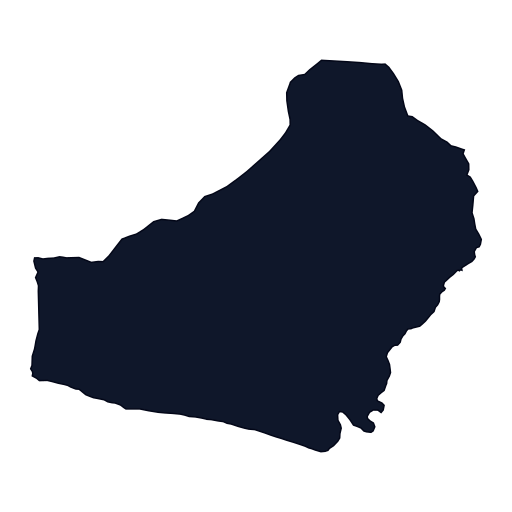 Grand Cess Wedabo, Grand Kru, Liberia
{"feature_id": "62588387B28167569470031", "entity_name": "Grand Cess Wedabo", "entity_type": "district", "adm_level": 2, "iso_a3": "LBR", "parent_name": "Liberia", "parent_adm1": "Grand Kru", "projection": "equal_earth", "projection_center": [-8.082, 4.634], "detail": "fine", "context": "isolated", "style": "filled", "palette": "ink", "viewbox_px": 512, "rotation_deg": 0, "n_neighbors": 0, "source": "geoboundaries", "source_scale": "gbopen_adm2", "svg_char_len": 3327}
<svg xmlns="http://www.w3.org/2000/svg" viewBox="0 0 512 512"><path d="M30.7,368.8L32.4,371.5L32.8,373.3L32.3,375.9L36.7,378.3L39.4,380.6L47.3,380.4L52.0,381.5L58.2,383.2L64.1,384.4L67.8,385.4L70.7,387.0L75.8,389.0L79.1,389.2L85.8,394.7L89.3,396.1L89.8,396.3L93.5,397.7L96.9,398.3L101.3,399.2L104.2,399.8L107.8,401.8L112.0,402.7L115.1,403.0L120.5,405.0L123.9,407.6L125.9,408.9L132.0,408.9L139.6,408.9L148.5,410.7L158.4,412.3L164.9,412.9L172.8,413.4L180.3,414.1L184.8,415.1L189.2,416.5L195.3,416.9L201.5,418.0L205.9,419.0L206.9,419.3L211.2,419.6L218.1,420.9L223.3,421.6L227.1,423.3L231.1,424.0L238.2,426.4L244.7,428.2L248.8,429.1L254.8,429.6L264.8,432.9L270.8,435.1L276.2,436.9L281.3,438.4L286.6,440.2L293.3,442.2L300.6,444.6L305.2,446.2L308.8,447.9L311.5,448.6L315.2,450.0L320.9,451.7L325.1,451.3L326.9,450.7L327.9,450.4L329.4,448.4L333.5,445.7L337.7,441.3L339.7,438.0L339.9,433.7L341.2,428.2L340.4,424.8L337.9,420.3L337.6,414.7L339.4,411.6L342.6,411.9L346.0,414.8L349.9,419.6L353.5,425.1L357.2,426.4L361.0,428.0L363.9,431.0L366.5,431.8L371.0,432.3L373.1,430.9L374.8,426.8L373.4,423.0L370.1,421.0L367.5,418.5L367.2,416.4L369.5,412.3L373.3,410.0L377.9,410.1L381.1,412.5L383.2,410.0L384.1,405.3L381.9,403.0L377.4,400.9L376.7,398.6L378.1,395.3L381.1,392.7L384.1,390.4L385.9,385.2L386.6,383.6L386.9,380.5L389.3,376.1L390.5,372.6L390.0,368.3L389.5,364.5L388.0,360.6L386.2,356.7L387.5,352.6L389.5,350.1L392.1,346.8L394.6,345.3L397.6,345.1L400.2,342.2L401.0,339.0L402.9,335.8L404.9,333.8L406.5,330.7L408.2,328.9L411.0,328.7L412.7,327.9L414.8,327.4L419.7,326.2L422.4,323.9L425.5,321.0L428.7,317.1L430.6,314.7L434.0,311.5L435.4,307.3L437.6,304.8L439.2,301.7L439.5,299.5L439.5,296.2L439.7,294.2L441.9,291.8L444.3,290.2L445.3,288.4L443.9,287.2L443.4,285.5L444.4,282.1L446.1,280.6L449.6,277.3L453.3,274.4L457.1,270.5L458.5,270.2L459.4,270.8L460.6,269.7L461.9,270.2L461.6,267.8L468.3,263.5L471.8,261.5L474.0,259.1L475.3,256.8L474.7,255.0L474.2,251.6L476.4,247.6L479.1,246.8L480.4,244.3L481.3,239.4L478.7,234.1L475.7,229.1L474.7,223.9L473.9,218.7L472.0,212.8L472.8,205.2L473.6,195.9L477.7,191.4L476.1,187.7L472.7,181.2L470.2,177.1L466.8,175.0L468.8,169.8L468.7,163.9L465.1,157.6L463.0,153.8L464.3,149.9L462.0,149.2L455.8,147.0L450.9,145.8L447.1,142.2L440.9,138.8L433.0,131.1L425.2,125.0L418.8,121.3L417.4,120.5L412.2,116.7L407.8,116.0L404.4,106.9L402.5,98.3L401.7,90.2L398.3,81.6L393.4,73.6L390.3,69.4L388.8,67.3L385.1,64.1L381.5,64.3L371.5,63.7L360.1,62.6L356.9,62.4L346.3,61.7L321.5,60.3L317.8,63.4L309.7,69.8L304.8,74.5L298.5,75.5L294.8,77.9L290.4,82.3L290.1,83.4L286.7,92.7L286.9,100.8L288.4,111.4L290.1,119.4L290.2,125.0L285.8,132.5L283.5,135.6L280.1,140.0L269.6,151.5L246.9,171.6L238.2,178.4L233.4,181.9L227.0,186.6L212.5,194.1L204.8,196.6L198.7,202.9L195.3,209.5L194.4,211.3L188.3,215.6L181.8,218.7L177.4,220.7L176.7,221.0L170.5,220.3L161.6,219.4L153.7,221.7L143.7,229.6L136.4,234.1L129.6,236.2L122.0,239.1L116.7,245.9L109.0,255.9L103.1,261.7L101.2,261.6L98.1,261.5L91.3,262.4L86.8,260.6L79.0,257.5L72.8,257.7L66.4,257.9L62.8,257.2L59.5,256.8L53.8,258.1L47.8,258.4L42.9,259.0L38.2,257.8L34.6,257.9L33.9,261.1L35.6,268.1L38.1,272.0L35.6,277.6L37.3,281.8L38.5,285.7L38.4,288.8L38.3,291.0L39.3,329.6L37.9,333.6L36.0,340.8L35.1,346.1L34.5,349.2L32.3,356.2L32.0,365.5L30.7,368.8Z" fill="#0f172a" stroke="#020617" stroke-width="1.5"/></svg>